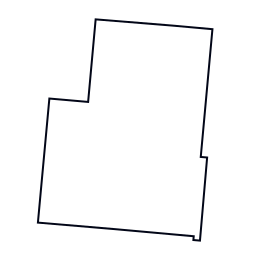 Olmsted, Minnesota, United States of America, rotated 275°
{"feature_id": "52423323B15462703536007", "entity_name": "Olmsted", "entity_type": "district", "adm_level": 2, "iso_a3": "USA", "parent_name": "United States of America", "parent_adm1": "Minnesota", "projection": "equal_earth", "projection_center": [-92.471, 44.015], "detail": "fine", "context": "isolated", "style": "outline", "palette": "ink", "viewbox_px": 256, "rotation_deg": 275, "n_neighbors": 0, "source": "geoboundaries", "source_scale": "gbopen_adm2", "svg_char_len": 344}
<svg xmlns="http://www.w3.org/2000/svg" viewBox="0 0 256 256"><g transform="rotate(275 128 128)"><path d="M22.1,202.9L22.1,209.5L105.5,209.4L105.5,203.0L233.8,203.5L233.9,164.3L233.4,86.3L150.5,86.0L150.5,47.1L109.1,46.9L70.2,46.7L25.9,46.5L26.1,124.7L26.0,163.7L25.9,202.9L22.1,202.9Z" fill="none" stroke="#020617" stroke-width="2"/></g></svg>